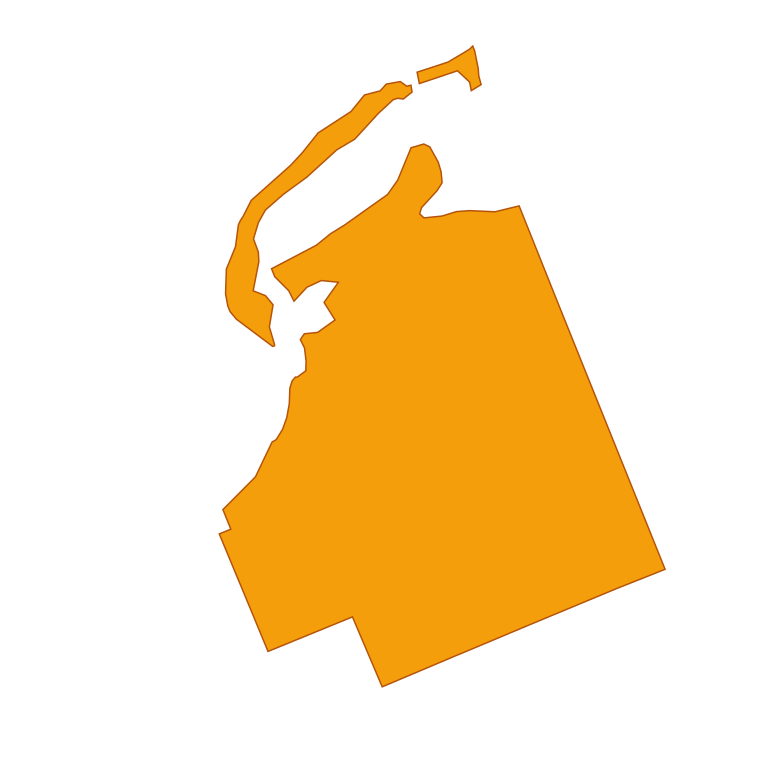 outline of Lee, Florida, United States of America, rotated 68°
{"feature_id": "52423323B55479715593619", "entity_name": "Lee", "entity_type": "district", "adm_level": 2, "iso_a3": "USA", "parent_name": "United States of America", "parent_adm1": "Florida", "projection": "mercator", "projection_center": [-82.071, 26.553], "detail": "fine", "context": "isolated", "style": "filled", "palette": "amber", "viewbox_px": 768, "rotation_deg": 68, "n_neighbors": 0, "source": "geoboundaries", "source_scale": "gbopen_adm2", "svg_char_len": 1624}
<svg xmlns="http://www.w3.org/2000/svg" viewBox="0 0 768 768"><g transform="rotate(68 384 384)"><path d="M269.5,192.0L265.9,216.6L255.4,239.5L251.3,252.2L250.0,267.4L246.0,281.1L245.0,284.7L239.5,287.2L234.5,283.1L224.6,262.3L219.1,254.7L208.7,251.6L198.7,250.6L181.4,252.7L176.4,257.2L175.1,270.4L200.0,294.8L209.6,309.6L221.8,360.8L224.6,377.1L230.0,394.8L235.0,445.1L243.6,445.1L261.8,437.4L273.5,436.4L265.4,419.2L264.6,403.4L271.9,389.4L272.6,388.2L285.6,408.5L285.9,409.0L306.3,405.4L311.3,426.3L307.6,439.0L311.4,444.9L320.8,444.2L333.7,447.7L342.5,451.6L345.1,461.7L344.4,463.6L346.7,468.0L352.7,472.9L367.0,479.3L378.7,486.7L388.1,495.1L395.2,504.8L395.9,509.5L406.9,521.6L421.9,537.9L440.1,580.4L461.2,580.4L461.3,592.9L512.3,592.4L518.8,592.3L588.5,591.7L588.1,500.5L664.1,499.1L662.8,419.1L662.8,414.6L661.8,342.3L660.8,245.8L661.1,192.8L372.8,192.4L372.6,192.4L269.5,192.0ZM109.7,255.6L106.8,269.5L110.8,277.8L108.7,293.8L119.0,312.5L126.5,351.0L138.7,372.6L146.2,388.5L164.0,438.3L175.8,451.8L178.7,456.0L181.9,459.4L201.0,470.2L218.4,487.1L241.0,497.1L253.0,499.6L259.2,499.6L268.6,496.6L307.4,473.2L307.6,471.2L306.1,470.7L288.1,468.9L269.0,457.2L257.7,460.8L248.6,470.4L223.7,454.2L214.6,451.1L200.5,450.6L187.3,440.0L178.3,428.8L170.5,406.5L163.3,378.1L149.2,340.0L146.0,319.3L131.0,287.9L123.8,268.9L124.2,264.4L127.0,259.3L123.8,248.6L117.0,247.1L116.5,251.3L109.7,255.6ZM103.9,175.1L105.7,179.4L109.5,204.0L107.3,236.5L118.7,238.7L121.1,198.6L127.1,195.7L136.3,191.5L144.7,193.2L142.8,181.8L133.8,180.7L126.9,178.5L109.5,175.2L103.9,175.1Z" fill="#f59e0b" stroke="#b45309" stroke-width="1.5"/></g></svg>